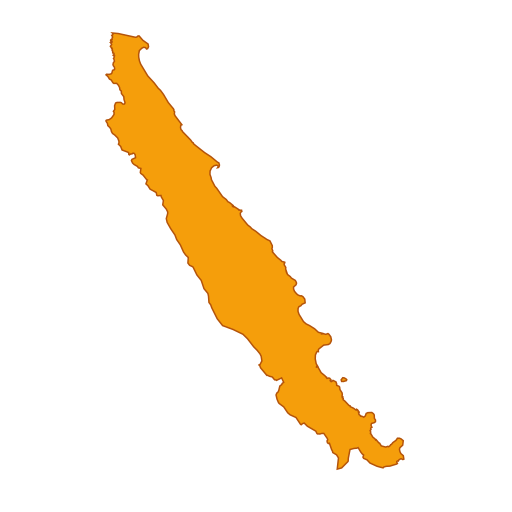 Pesisir Barat, Lampung, Indonesia, rotated 191°
{"feature_id": "22746128B87029922352837", "entity_name": "Pesisir Barat", "entity_type": "district", "adm_level": 2, "iso_a3": "IDN", "parent_name": "Indonesia", "parent_adm1": "Lampung", "projection": "albers", "projection_center": [104.225, -5.409], "detail": "fine", "context": "isolated", "style": "filled", "palette": "amber", "viewbox_px": 512, "rotation_deg": 191, "n_neighbors": 0, "source": "geoboundaries", "source_scale": "gbopen_adm2", "svg_char_len": 6060}
<svg xmlns="http://www.w3.org/2000/svg" viewBox="0 0 512 512"><g transform="rotate(191 256 256)"><path d="M72.1,84.8L73.3,88.1L76.1,89.7L77.5,91.6L78.3,93.6L78.2,95.2L75.9,98.3L76.2,102.8L78.8,104.2L80.4,104.5L82.4,104.1L83.4,101.8L86.1,98.9L87.1,96.9L87.8,96.5L88.1,95.5L89.4,94.1L90.3,94.3L92.2,93.2L96.8,93.5L99.0,95.9L99.8,96.0L103.0,98.6L103.4,98.2L104.3,99.2L106.9,100.6L109.2,103.3L109.8,103.5L109.8,105.1L110.7,106.5L110.0,107.5L110.5,108.2L110.5,109.1L109.5,110.0L110.7,111.5L110.8,113.0L110.6,113.7L108.2,114.9L107.1,116.1L107.4,117.8L108.8,119.2L109.6,122.5L110.6,123.6L112.5,124.5L116.3,123.6L117.8,122.5L118.2,119.8L119.5,118.3L120.8,118.8L122.5,118.7L122.4,119.0L124.4,119.9L124.7,119.4L124.6,120.2L125.5,122.0L125.0,121.9L124.9,122.4L127.0,124.4L127.9,124.7L127.9,124.0L128.8,124.0L131.2,125.2L134.7,126.1L134.9,126.8L136.3,127.1L141.0,130.5L143.1,131.6L143.2,133.1L144.3,133.4L144.0,134.5L144.8,134.8L144.9,136.8L145.5,138.2L148.1,140.9L148.9,143.3L149.8,144.0L152.1,144.4L152.4,145.8L153.5,147.7L156.7,148.6L157.5,147.4L158.3,147.0L159.3,147.7L158.7,148.2L158.7,148.7L160.4,150.1L161.8,150.0L162.9,149.4L163.4,149.8L163.7,150.6L164.3,150.6L165.5,151.6L169.8,153.9L174.0,158.8L174.7,158.8L175.1,159.2L175.7,157.9L175.3,159.3L174.3,159.4L176.4,161.8L178.2,166.3L178.8,170.2L178.0,173.8L178.4,173.8L176.5,174.0L176.9,175.7L176.6,176.7L172.6,181.4L168.1,182.9L166.7,184.2L166.0,186.4L165.9,188.0L167.2,191.0L169.5,193.1L170.6,193.6L172.5,192.4L174.8,192.6L176.3,192.2L176.0,192.8L180.2,193.0L184.5,195.7L190.1,197.9L193.8,198.9L196.9,200.7L202.6,206.9L204.2,209.7L204.7,212.5L204.2,214.5L202.5,215.7L201.6,217.4L198.8,219.4L199.9,223.0L202.1,225.0L203.7,225.6L205.1,225.3L207.2,225.7L208.9,226.6L211.5,228.7L212.8,230.7L213.2,232.8L211.3,235.2L211.0,236.7L211.3,237.7L212.7,239.5L217.1,241.1L218.4,242.3L221.4,243.8L222.7,245.3L222.9,245.7L222.5,245.5L224.4,248.8L224.6,250.5L226.6,252.7L226.9,253.9L226.4,254.8L226.6,255.4L229.8,255.6L230.6,256.4L234.9,258.7L240.7,263.2L240.5,264.2L241.8,266.3L241.6,267.5L242.0,269.3L245.2,273.5L248.4,274.3L255.0,277.0L261.1,280.3L265.4,282.0L267.0,283.3L270.0,284.8L276.8,290.4L278.8,292.5L279.6,294.8L279.3,296.1L278.4,297.0L278.9,298.2L281.2,297.8L282.2,297.8L281.0,298.0L286.5,300.2L288.1,300.4L287.8,300.0L288.0,300.0L288.5,300.4L287.7,300.8L287.9,301.1L292.1,303.4L293.9,303.9L295.9,305.7L300.2,307.9L307.6,315.1L309.6,316.5L314.3,322.4L315.0,324.3L316.8,327.4L317.3,330.7L316.4,334.2L314.4,336.6L312.0,337.7L310.9,337.4L310.0,336.5L310.5,335.4L309.8,335.7L309.3,336.5L309.2,338.3L310.3,340.4L311.6,340.7L319.3,344.9L326.2,347.7L336.5,353.0L338.8,354.3L339.2,355.1L340.2,355.4L342.3,357.4L351.9,364.1L352.4,364.9L353.8,365.8L354.6,367.6L354.8,370.0L353.8,370.7L362.3,378.3L363.3,379.9L363.4,382.0L364.4,382.9L364.5,383.9L365.1,384.7L371.4,389.9L377.6,396.9L381.4,400.4L384.1,402.1L389.0,406.5L396.6,412.1L405.8,422.3L407.6,425.2L409.1,428.9L409.7,431.7L409.7,435.4L407.8,438.1L406.2,439.4L404.2,439.5L403.0,438.3L402.0,438.8L401.4,440.9L402.4,443.5L408.3,446.2L412.7,449.7L413.8,449.5L414.9,448.1L416.1,447.7L433.7,448.1L439.6,447.5L438.7,446.9L439.0,445.5L439.7,445.1L438.5,443.6L438.9,442.2L438.5,441.3L438.7,440.7L439.6,440.7L439.9,440.1L439.7,439.5L438.5,439.1L439.5,438.0L438.5,437.9L439.0,437.2L438.0,436.0L439.0,434.1L438.5,433.5L437.2,432.7L437.3,432.0L436.5,431.8L436.4,430.2L435.8,429.9L435.4,428.0L434.4,428.0L434.1,427.7L433.8,426.7L434.5,425.9L433.1,425.4L433.4,424.8L433.1,423.8L433.6,422.7L432.9,422.0L432.1,420.1L432.9,418.5L432.9,416.5L432.2,415.4L431.1,414.5L430.4,412.5L430.7,411.8L432.2,410.9L432.4,408.1L432.8,407.3L434.6,406.3L437.4,405.9L437.8,405.2L435.6,403.9L433.6,401.7L431.8,401.2L429.4,398.7L428.4,398.3L425.7,398.9L423.6,397.3L422.1,395.4L421.3,393.2L419.7,392.2L419.1,389.8L416.2,387.2L415.4,384.4L413.8,381.5L414.1,380.1L414.8,379.8L415.9,379.8L417.5,380.8L418.6,380.9L421.8,380.2L423.0,379.4L423.5,376.6L422.6,372.9L423.6,370.8L422.7,369.9L422.4,367.8L424.1,364.0L426.1,361.9L428.8,360.8L429.1,360.1L428.8,359.5L427.2,357.9L426.3,355.7L424.1,354.3L422.7,352.9L421.6,350.5L420.2,348.9L417.9,347.9L414.3,345.5L412.5,342.6L412.1,340.9L412.4,339.5L409.8,337.8L407.7,334.5L401.4,333.4L400.7,333.0L400.2,331.4L399.6,331.1L398.7,332.1L397.1,332.6L396.5,333.4L395.5,333.6L394.0,332.5L393.0,329.5L396.2,327.2L396.5,325.9L394.9,323.7L393.2,322.6L389.4,321.3L388.3,320.1L385.7,320.0L385.5,315.9L384.9,315.1L382.2,313.8L377.7,309.9L377.2,309.9L377.8,305.8L375.5,304.4L372.7,301.4L366.1,299.3L364.9,296.6L363.9,296.4L360.8,297.3L360.3,296.0L357.5,292.8L357.3,288.4L353.0,284.9L351.1,282.4L350.8,280.8L351.2,275.6L349.6,272.0L344.9,266.5L339.6,261.2L337.0,257.0L332.4,252.5L327.9,246.1L325.3,243.6L322.2,241.6L321.5,236.1L319.4,234.2L316.2,233.4L315.5,232.9L310.4,226.1L305.1,221.6L300.8,214.0L296.1,210.1L295.0,207.6L293.3,201.4L291.1,199.4L289.6,196.8L282.1,187.0L275.5,181.3L264.5,179.5L253.9,176.7L248.6,173.2L240.9,166.4L236.8,163.6L233.4,160.7L231.8,158.6L230.2,154.1L231.4,150.1L232.8,149.5L231.6,149.5L230.2,147.1L222.6,140.9L222.1,141.1L219.7,140.5L217.2,140.4L216.1,139.8L215.7,139.2L214.0,138.0L212.8,138.2L212.2,137.8L207.6,141.2L204.7,137.3L206.0,135.9L206.2,134.7L207.8,132.9L208.0,128.6L208.4,126.7L209.4,125.5L209.8,123.4L208.1,119.6L205.9,116.3L205.0,115.6L200.0,113.2L194.9,108.1L192.2,106.6L185.9,105.1L180.1,99.2L179.4,99.0L178.3,100.4L176.8,101.2L173.1,98.7L163.9,95.5L162.3,93.4L161.7,93.1L159.2,93.5L157.8,94.3L155.6,94.8L151.2,90.5L150.5,89.3L151.0,88.0L150.3,86.4L149.2,85.7L148.2,86.2L144.8,80.3L143.8,79.2L143.1,77.7L139.0,76.2L136.5,73.5L135.6,62.3L131.5,64.3L126.7,71.5L126.4,72.3L126.8,75.1L126.8,84.0L123.1,85.8L120.3,86.6L119.2,87.4L115.8,83.6L114.0,82.0L112.4,81.2L112.6,78.9L111.7,77.9L108.2,77.1L104.6,74.5L97.1,72.7L93.3,72.4L90.8,72.3L90.1,73.4L88.0,74.4L84.5,75.3L78.1,78.7L77.6,79.4L78.4,80.2L78.6,81.1L78.1,81.8L77.1,81.9L77.0,82.8L76.3,83.7L74.9,84.7L73.0,84.2L72.1,84.8ZM147.6,153.1L148.8,150.7L148.0,149.2L146.2,149.5L143.5,150.9L143.3,151.9L144.3,152.6L146.2,153.2L147.6,153.1Z" fill="#f59e0b" stroke="#b45309" stroke-width="1.5"/></g></svg>